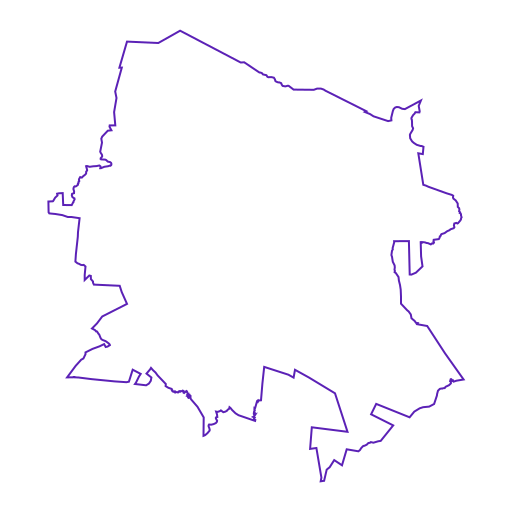 the district of Motozintla, Chiapas, Mexico
{"feature_id": "50627088B93582456317957", "entity_name": "Motozintla", "entity_type": "district", "adm_level": 2, "iso_a3": "MEX", "parent_name": "Mexico", "parent_adm1": "Chiapas", "projection": "robinson", "projection_center": [-92.331, 15.305], "detail": "fine", "context": "isolated", "style": "outline", "palette": "violet", "viewbox_px": 512, "rotation_deg": 0, "n_neighbors": 0, "source": "geoboundaries", "source_scale": "gbopen_adm2", "svg_char_len": 5960}
<svg xmlns="http://www.w3.org/2000/svg" viewBox="0 0 512 512"><path d="M463.6,379.5L445.0,353.3L427.2,326.0L417.2,324.2L417.8,323.1L415.9,322.8L414.8,321.1L411.5,318.3L410.8,314.5L408.6,311.4L407.3,310.4L401.0,303.7L401.0,296.6L400.7,289.6L400.0,285.0L398.9,280.6L398.5,277.0L395.8,273.0L394.6,272.2L394.9,270.9L394.5,269.7L394.8,267.4L394.6,265.4L392.8,261.8L392.0,256.8L391.4,255.0L392.0,250.8L392.8,249.3L392.6,248.2L394.2,242.3L394.1,241.2L408.9,241.1L409.7,274.5L411.4,274.6L415.9,272.7L422.5,266.4L421.1,256.4L420.7,242.1L421.2,242.0L422.0,242.7L422.6,242.1L425.0,242.4L426.6,243.0L427.9,243.1L430.8,244.4L431.8,243.5L433.1,243.6L434.0,242.6L433.9,242.1L433.4,241.8L433.7,239.8L438.8,239.1L439.7,237.5L439.8,236.4L440.6,235.9L441.1,234.5L441.5,234.1L444.6,233.1L447.2,231.2L449.5,230.2L450.5,229.3L453.7,228.2L454.4,227.2L453.9,225.5L454.3,223.5L456.3,222.9L457.4,223.5L458.0,223.2L460.4,220.4L461.0,219.2L461.1,218.1L461.6,217.3L461.0,215.4L461.0,214.2L460.5,213.4L459.8,213.1L460.1,212.3L459.1,211.3L459.4,209.6L459.1,208.2L457.8,206.9L457.7,203.5L455.7,200.4L453.4,198.6L453.0,197.6L453.2,195.7L451.8,194.9L446.6,193.3L428.5,186.8L425.9,185.6L423.3,184.8L418.3,153.3L422.8,154.1L423.5,146.8L421.6,146.0L420.6,146.0L416.7,144.8L413.8,142.9L412.1,141.4L410.2,138.3L409.9,134.9L410.3,133.8L412.6,130.0L413.1,128.3L412.1,126.2L412.0,121.3L411.8,119.5L411.4,118.9L411.5,117.8L413.1,115.1L414.6,113.6L415.4,112.2L419.4,112.4L419.7,111.3L418.7,105.9L420.9,100.5L404.9,109.1L402.2,108.8L398.9,107.2L396.8,107.0L395.2,107.5L393.7,108.9L392.9,110.9L391.2,117.8L391.4,120.4L388.1,121.1L373.5,116.3L370.1,114.1L364.9,112.0L366.3,111.2L325.6,90.8L323.6,89.5L320.9,88.6L317.1,88.6L313.8,89.8L293.6,89.6L288.9,86.0L288.0,85.7L285.3,86.4L282.6,85.9L281.7,84.6L281.2,83.2L279.4,82.4L278.2,82.4L276.3,81.7L275.3,80.9L275.0,79.5L273.9,77.7L271.4,77.1L268.3,77.2L267.4,76.8L266.4,75.2L262.9,74.4L262.0,73.2L260.6,72.6L259.4,72.5L244.2,62.3L240.7,62.5L180.1,30.7L158.3,43.0L127.0,41.6L119.4,67.7L121.8,67.6L115.2,91.5L116.5,98.0L114.1,112.1L115.3,125.4L109.7,125.4L109.5,126.7L111.4,130.3L107.8,130.7L102.2,136.6L101.3,138.7L102.0,142.6L100.2,151.7L100.8,153.0L101.9,154.6L102.2,156.0L102.1,156.6L100.7,158.2L100.6,159.0L101.1,159.4L105.1,159.6L106.1,160.0L107.8,161.6L110.1,162.1L111.0,162.8L111.3,163.4L111.4,164.2L111.2,165.1L110.5,165.7L110.2,165.5L108.2,166.2L104.3,166.8L100.9,168.2L100.3,168.2L100.6,167.2L100.5,166.4L99.4,165.5L96.4,166.1L93.1,166.3L89.7,166.8L86.9,166.0L86.1,166.2L87.1,169.8L87.1,170.5L86.2,171.6L86.1,173.5L85.6,174.2L84.2,175.5L83.7,175.7L81.8,177.6L80.2,177.1L79.1,179.0L78.9,180.1L79.3,181.0L78.4,182.1L78.6,182.9L77.9,183.6L78.0,184.7L76.2,186.2L75.5,186.5L74.7,186.3L74.1,186.8L73.7,187.6L73.4,189.0L74.1,191.3L74.0,193.2L72.1,193.8L71.8,195.2L72.3,196.9L73.6,198.0L74.4,198.3L74.6,199.3L73.4,201.7L73.4,202.3L73.0,202.6L71.7,205.1L63.2,205.0L62.7,193.1L58.9,193.3L57.1,193.7L57.5,195.5L55.2,197.6L53.1,201.1L52.8,201.3L48.4,201.5L48.6,212.3L49.3,213.4L55.4,214.0L62.3,215.1L67.8,217.0L71.4,217.0L79.6,218.2L78.0,232.1L77.8,236.8L75.9,254.1L75.4,261.6L77.5,263.3L79.2,263.9L80.7,264.8L82.1,265.1L83.7,264.9L85.5,266.5L84.7,274.9L84.7,280.0L89.3,275.5L90.8,275.9L90.9,279.1L93.0,281.5L93.0,282.7L93.9,284.6L119.7,285.8L121.7,292.0L127.0,303.9L102.2,316.5L97.0,323.4L92.0,328.5L95.0,330.1L96.1,331.4L96.7,331.3L97.3,331.9L98.4,333.7L99.2,334.5L100.5,337.8L101.3,339.1L102.4,339.9L105.3,341.0L106.3,341.6L108.7,343.4L109.7,344.5L109.9,345.1L107.5,346.6L105.7,347.0L104.1,344.1L99.6,346.3L92.5,348.9L85.5,352.4L85.5,354.2L83.4,358.5L81.2,359.7L75.7,365.8L67.1,377.4L72.9,377.3L73.3,377.0L74.1,377.0L74.0,377.3L78.5,377.5L91.3,379.1L114.7,381.4L126.4,382.2L128.9,381.7L132.7,369.7L140.7,373.9L139.0,376.5L136.0,382.6L135.0,384.0L146.1,385.3L148.9,383.6L150.8,380.8L151.4,377.5L146.5,373.6L150.1,369.4L151.0,367.9L153.1,370.3L155.5,372.5L157.6,375.4L165.8,384.0L165.6,386.1L168.4,387.8L171.4,388.8L171.9,389.2L172.0,389.8L171.3,390.7L171.8,390.3L172.6,391.4L173.5,391.8L174.1,391.8L174.2,391.5L175.0,392.4L175.5,391.7L176.0,392.2L176.8,392.1L178.0,392.5L178.4,392.3L178.5,391.8L179.1,391.7L179.3,391.1L179.8,391.1L180.3,391.6L180.9,391.1L181.9,391.2L182.7,390.6L183.6,391.0L183.5,392.6L184.1,393.0L186.4,391.0L186.8,391.3L186.6,391.5L187.7,393.4L188.1,393.5L187.4,394.5L188.8,394.7L187.4,396.0L188.2,396.2L188.3,396.6L188.0,397.2L188.5,397.9L189.2,397.7L190.5,395.2L190.5,398.4L191.2,399.5L197.5,406.8L203.7,417.4L203.5,435.8L205.2,435.1L207.5,433.1L209.6,430.6L209.7,429.7L209.2,427.8L208.6,426.4L208.6,425.3L209.1,424.5L211.2,424.7L213.6,424.1L215.8,423.1L216.9,421.8L217.1,420.7L216.0,418.7L215.8,418.0L216.3,417.2L217.3,417.0L217.0,414.4L216.1,411.6L217.6,411.9L220.2,411.0L220.9,410.4L223.3,412.2L225.2,411.7L226.9,410.8L227.6,409.8L229.1,408.8L229.5,407.2L230.5,408.0L232.1,410.0L235.5,413.3L238.5,415.2L255.1,420.9L255.3,420.0L253.8,419.5L253.9,418.9L254.7,417.7L253.1,416.9L254.2,416.3L255.1,414.9L254.5,415.2L254.2,414.8L255.1,413.8L254.6,414.1L254.1,413.8L254.7,413.1L253.9,412.8L254.0,412.2L254.4,412.3L254.4,409.6L254.7,409.7L254.5,407.7L255.2,407.8L257.1,401.0L257.9,400.4L258.2,401.3L258.7,400.5L261.0,400.3L262.4,383.5L264.2,366.9L288.4,374.7L293.6,377.6L295.0,369.8L308.9,377.5L335.0,393.3L347.5,431.8L311.8,427.3L310.1,448.9L316.4,448.0L321.4,477.6L320.7,481.3L324.1,480.8L326.7,469.6L329.7,467.2L334.2,460.1L342.0,465.3L346.7,449.3L358.4,451.3L360.0,450.0L361.1,448.2L362.6,446.6L363.4,445.9L364.4,445.8L366.7,444.7L368.4,443.0L369.9,442.8L370.8,442.1L373.4,442.7L378.1,441.3L380.7,440.9L393.2,425.4L371.1,414.3L376.2,403.9L409.6,417.3L414.3,411.6L419.7,408.3L423.1,407.2L429.2,406.6L434.1,404.0L436.9,395.6L437.1,394.0L438.0,390.7L439.8,388.9L441.3,388.5L442.2,388.6L443.2,388.2L444.7,388.1L445.6,386.8L449.0,385.2L450.6,383.7L451.0,383.1L450.7,381.6L450.1,381.2L450.7,379.2L451.1,379.1L452.0,379.9L452.2,381.0L452.6,381.1L453.1,380.6L453.7,381.6L456.5,380.7L463.6,379.5Z" fill="none" stroke="#5b21b6" stroke-width="2"/></svg>